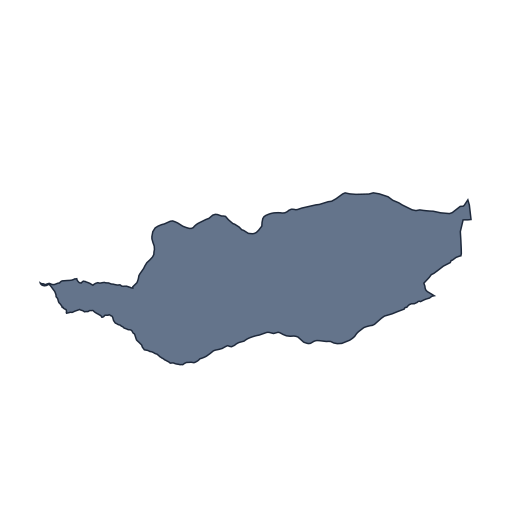 Eftimie Murgu, Caras-Severin, Romania, rotated 112°
{"feature_id": "2599482B78671432327822", "entity_name": "Eftimie Murgu", "entity_type": "district", "adm_level": 2, "iso_a3": "ROU", "parent_name": "Romania", "parent_adm1": "Caras-Severin", "projection": "albers", "projection_center": [22.178, 44.83], "detail": "fine", "context": "isolated", "style": "filled", "palette": "slate", "viewbox_px": 512, "rotation_deg": 112, "n_neighbors": 0, "source": "geoboundaries", "source_scale": "gbopen_adm2", "svg_char_len": 6066}
<svg xmlns="http://www.w3.org/2000/svg" viewBox="0 0 512 512"><g transform="rotate(112 256 256)"><path d="M220.7,88.1L218.3,90.2L211.1,87.4L207.6,86.5L205.5,84.6L200.4,81.5L195.2,78.5L189.3,73.4L187.2,73.4L186.2,72.3L182.4,70.0L179.8,67.2L179.1,66.1L176.9,66.5L172.9,68.2L164.8,71.9L156.8,75.7L144.9,77.5L143.0,72.9L141.6,70.3L128.8,77.3L124.6,80.6L131.0,81.9L132.2,82.5L133.5,85.2L142.3,90.3L144.2,92.5L146.8,101.0L148.1,108.5L149.2,111.6L150.2,114.9L151.1,118.1L151.9,121.4L154.0,124.7L154.7,128.5L153.9,139.5L153.2,143.5L153.1,150.1L151.6,155.7L152.2,165.0L153.5,170.9L156.3,174.6L161.4,186.4L163.3,192.4L164.1,197.0L166.0,198.9L172.9,203.2L176.9,206.4L178.6,209.4L184.5,216.6L186.2,219.7L194.4,231.5L197.5,235.1L198.3,236.7L198.4,237.7L198.7,238.8L199.0,239.8L199.4,240.8L201.5,242.8L202.6,243.3L203.5,243.9L204.4,244.7L205.2,245.5L206.3,247.6L206.8,249.6L207.5,251.6L208.4,253.6L209.3,255.5L210.3,257.1L211.4,258.6L212.6,260.0L213.9,261.3L214.6,262.0L216.5,263.3L218.8,263.7L222.5,263.0L226.1,261.8L231.1,263.2L234.1,264.5L235.8,266.1L236.7,267.6L237.9,271.6L236.9,277.0L237.0,279.1L235.5,282.4L234.5,287.7L234.6,289.6L232.7,295.2L230.7,299.1L230.9,300.1L231.1,301.0L231.4,301.9L231.8,302.8L232.0,307.3L232.6,309.3L234.3,311.4L238.7,313.7L240.9,316.1L247.3,321.8L248.7,322.8L250.1,323.6L251.6,324.3L253.2,324.8L254.6,326.2L255.3,327.9L255.4,328.1L255.7,330.8L255.8,333.5L255.8,335.1L254.8,340.5L254.7,341.3L254.6,343.9L254.7,346.4L255.9,348.5L260.7,353.1L261.9,354.8L262.6,355.6L264.2,357.2L265.1,358.1L267.7,360.0L272.1,360.8L277.0,359.8L279.1,358.9L282.1,356.6L284.9,354.1L288.0,352.6L290.5,352.1L292.9,351.3L295.8,351.6L299.5,353.0L303.1,354.7L306.7,355.3L309.7,355.5L316.2,357.0L318.2,357.2L320.0,356.8L321.8,356.5L323.6,356.4L325.4,356.4L330.7,358.7L331.9,358.2L332.0,358.9L332.3,359.7L332.2,361.6L332.4,362.1L332.3,362.6L332.4,363.8L332.5,364.8L333.4,366.9L333.8,367.6L334.0,368.4L334.2,368.9L334.2,369.4L334.0,370.1L333.7,370.8L333.8,371.6L334.8,373.4L335.1,374.7L335.5,377.1L335.5,377.5L336.2,379.8L336.2,381.2L336.2,382.5L336.6,383.6L337.2,385.4L337.3,386.7L338.0,388.0L339.7,390.6L340.0,392.7L341.4,394.4L342.6,395.4L344.2,396.3L343.6,400.0L343.6,402.0L343.7,403.8L343.6,404.9L344.0,406.3L344.0,406.7L345.1,407.4L346.6,408.0L346.9,409.8L346.7,410.5L346.2,411.6L345.3,412.9L344.2,413.7L344.7,414.4L345.2,415.6L346.2,416.4L347.4,417.8L348.3,419.4L349.6,422.2L351.7,426.4L352.5,427.1L353.3,427.6L354.4,428.0L354.8,428.3L355.1,429.0L355.6,429.7L357.8,432.0L358.5,433.3L358.8,434.6L358.8,437.1L358.9,437.6L359.7,438.6L360.3,439.4L361.0,440.0L361.4,440.7L361.5,441.4L361.4,442.2L361.5,443.0L361.9,443.9L362.0,444.8L361.8,445.9L362.4,445.4L362.9,444.3L363.2,443.3L363.1,442.3L362.9,441.0L362.0,439.5L361.6,439.0L360.7,438.3L359.9,437.3L359.9,437.0L360.3,436.0L361.2,434.3L363.0,431.5L364.1,429.6L365.0,428.6L366.8,427.0L367.3,426.7L368.2,426.3L368.7,426.0L369.5,424.4L370.0,423.8L370.5,423.4L372.1,422.2L373.1,421.2L373.8,419.5L374.7,418.1L375.4,417.1L376.2,416.5L376.2,416.2L375.9,415.7L376.0,415.5L376.5,415.0L376.6,414.6L376.8,413.8L376.8,412.2L377.1,411.7L377.7,411.4L378.2,410.9L379.2,410.8L379.7,410.5L380.0,410.2L378.4,407.9L377.8,407.3L377.2,405.4L376.9,405.0L375.2,403.5L371.6,399.4L371.7,399.2L371.8,398.7L371.6,396.0L371.7,395.4L371.9,394.6L372.0,394.1L371.7,393.7L371.0,392.3L370.6,391.3L370.5,391.0L369.7,390.4L368.8,389.7L368.4,388.4L367.8,387.3L367.6,386.8L367.8,386.2L368.4,384.7L368.7,383.2L369.0,381.1L369.0,380.4L369.3,379.0L369.3,378.1L369.4,377.7L369.7,377.1L370.3,376.3L370.5,376.1L370.3,375.5L369.9,375.0L369.2,374.5L367.9,374.0L367.4,373.7L366.4,371.1L366.2,370.8L365.5,370.3L365.4,370.2L365.4,369.9L365.4,369.5L365.8,368.7L365.7,368.3L365.7,367.4L365.9,366.7L366.3,366.2L366.7,365.8L369.3,363.8L369.7,363.1L370.8,361.5L370.9,361.1L370.9,360.1L371.2,358.3L371.2,357.7L371.0,356.3L371.0,355.8L371.5,354.6L371.5,353.2L371.7,352.5L372.1,351.8L372.2,350.9L372.1,348.8L372.2,347.1L372.1,346.5L371.7,345.5L371.5,344.8L371.5,344.4L371.6,344.0L372.0,342.8L372.8,341.9L373.4,341.1L373.6,340.7L373.7,339.7L373.9,339.4L374.5,338.8L377.4,336.4L378.6,335.3L379.1,334.2L379.9,332.1L381.3,328.8L381.7,328.3L382.6,327.7L383.3,326.9L384.0,325.6L384.8,324.4L384.2,321.5L384.1,320.5L384.2,319.6L384.3,318.4L384.1,318.0L383.9,317.0L383.9,315.1L384.0,314.6L384.2,313.4L384.2,312.3L384.1,311.2L384.1,310.9L384.7,309.2L384.8,308.8L385.4,307.4L385.5,306.4L385.9,304.9L385.9,303.7L386.5,301.8L386.5,300.7L386.8,298.5L386.8,297.5L387.4,295.6L387.4,295.2L386.3,293.2L386.1,292.5L386.1,290.6L385.9,289.2L385.4,287.1L385.3,286.1L385.0,285.2L384.5,284.2L384.2,283.2L383.2,282.6L382.3,282.0L381.5,281.3L380.7,280.5L379.8,278.4L378.8,276.4L378.2,273.6L377.5,272.8L376.4,271.8L375.1,270.8L373.8,270.1L372.3,269.5L371.2,268.1L370.0,266.8L368.7,265.5L367.4,264.4L363.6,262.0L359.8,259.9L358.4,258.3L356.5,255.4L354.3,252.6L353.1,251.7L351.9,250.7L350.7,249.7L349.7,248.6L349.7,247.6L349.7,246.6L349.5,245.6L349.3,244.7L346.8,242.4L345.3,241.6L343.8,240.5L342.5,239.3L339.4,235.2L337.9,234.3L336.5,233.3L335.2,232.2L333.8,230.8L332.3,229.1L330.8,227.3L329.4,225.4L328.1,223.4L323.0,217.6L322.6,217.0L322.2,216.1L321.9,215.1L321.3,210.7L318.4,206.9L318.2,205.1L318.4,203.3L318.6,201.5L318.6,199.7L318.6,197.9L317.6,194.2L316.0,190.9L315.5,188.7L315.4,186.8L318.0,179.6L318.0,178.3L317.9,177.0L317.8,175.7L317.5,174.4L316.6,172.8L313.5,170.4L312.9,169.8L312.1,168.8L311.5,167.7L310.7,165.4L308.9,158.7L308.0,156.8L307.3,154.8L307.5,151.3L306.8,147.7L304.9,143.7L299.0,137.6L298.3,137.1L296.0,135.6L293.6,134.4L292.1,134.1L290.5,133.7L289.1,133.2L287.6,132.5L282.0,129.2L280.5,127.6L279.1,125.8L277.8,124.0L276.7,122.1L274.9,120.5L266.7,116.4L263.6,114.4L258.6,108.1L254.6,104.0L249.7,98.7L249.0,98.7L248.5,98.7L247.6,98.0L247.1,97.0L246.6,96.8L245.2,96.4L243.5,95.5L242.6,94.5L241.9,93.9L241.7,93.0L241.2,92.4L241.2,91.7L240.9,91.3L239.8,90.3L238.8,89.3L237.4,88.6L236.7,87.5L236.7,86.4L234.1,84.1L232.4,82.4L230.0,79.4L227.4,77.8L226.1,75.9L224.8,83.8L224.1,85.5L223.4,86.3L222.6,87.0L221.7,87.6L220.7,88.1Z" fill="#64748b" stroke="#1e293b" stroke-width="1.5"/></g></svg>